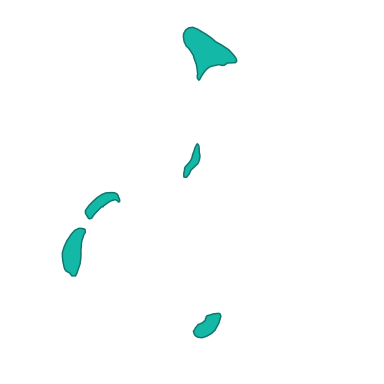 Woleai, Federated States of Micronesia, rotated 305°
{"feature_id": "79324940B51603968819213", "entity_name": "Woleai", "entity_type": "district", "adm_level": 2, "iso_a3": "FSM", "parent_name": "Federated States of Micronesia", "parent_adm1": "", "projection": "mercator", "projection_center": [143.866, 7.353], "detail": "fine", "context": "isolated", "style": "filled", "palette": "teal", "viewbox_px": 384, "rotation_deg": 305, "n_neighbors": 0, "source": "geoboundaries", "source_scale": "gbopen_adm2", "svg_char_len": 2169}
<svg xmlns="http://www.w3.org/2000/svg" viewBox="0 0 384 384"><g transform="rotate(305 192 192)"><path d="M307.8,106.7L306.7,110.0L304.7,114.7L303.1,116.5L299.1,122.2L296.7,124.7L291.5,129.3L290.7,129.3L288.4,131.0L288.1,131.7L287.6,133.4L288.2,133.7L290.0,133.7L291.7,133.3L296.1,133.2L300.3,133.4L304.2,134.5L306.2,135.9L312.0,141.1L312.7,143.8L314.4,145.8L318.0,147.1L322.8,153.3L324.4,153.7L325.9,152.6L326.9,150.8L327.9,148.2L329.6,140.6L329.4,132.5L328.7,125.0L329.3,119.3L329.3,113.4L328.6,103.2L327.4,98.2L324.5,95.1L321.2,93.9L317.0,94.3L314.2,95.9L310.7,99.3L308.3,103.5L307.8,106.7ZM68.0,120.6L64.8,122.8L60.9,126.2L56.5,131.0L55.4,132.9L55.0,134.5L55.5,138.3L54.4,141.6L56.4,144.7L58.6,144.5L69.0,141.5L75.1,138.3L78.6,135.8L81.2,134.0L82.8,133.3L86.1,131.2L88.4,129.9L92.6,128.7L95.6,127.7L97.4,127.9L99.9,126.0L99.9,124.6L98.9,122.5L97.3,120.1L93.4,118.0L88.2,117.3L80.3,117.5L73.8,118.7L68.0,120.6ZM80.4,273.1L78.8,273.0L77.2,274.9L76.2,277.0L76.3,279.6L77.4,282.1L78.2,283.5L79.3,284.6L82.8,287.0L87.2,289.1L91.8,290.1L99.8,289.2L106.4,287.1L108.0,285.5L108.2,284.6L107.9,283.5L106.7,282.0L104.4,279.4L99.3,275.4L98.2,275.1L96.7,275.9L96.0,275.7L94.1,276.6L92.5,275.7L91.3,275.8L86.7,273.0L84.8,273.0L82.7,272.7L80.4,273.1ZM112.1,124.2L113.4,124.9L116.7,124.7L119.8,125.1L124.4,125.8L128.1,126.5L129.0,127.7L130.3,127.5L131.7,128.2L134.6,129.1L137.8,130.5L140.1,132.2L141.5,133.3L141.9,134.5L142.1,135.5L141.7,137.0L141.7,137.4L142.0,137.9L142.6,138.2L143.9,137.4L145.1,136.0L145.5,134.7L146.6,133.7L147.4,131.5L146.9,128.9L145.5,126.6L144.0,124.6L141.9,122.0L138.5,119.7L132.9,117.5L126.7,116.1L122.1,115.4L116.8,115.3L115.2,115.5L113.3,117.2L111.1,122.3L111.2,123.3L112.1,124.2ZM202.3,174.7L199.7,176.7L200.1,177.9L200.8,179.0L202.8,179.2L204.6,179.4L206.5,179.1L209.4,178.6L218.5,180.5L220.6,180.2L224.3,178.9L226.6,177.4L228.3,175.6L230.2,174.0L231.8,172.9L233.0,171.8L234.0,170.8L234.6,169.0L234.2,168.6L233.0,168.6L231.4,169.0L230.6,168.9L229.2,169.4L225.7,170.4L222.4,171.2L221.4,171.9L217.5,172.8L214.9,172.8L212.5,172.6L209.3,172.1L208.2,172.1L207.0,172.5L205.6,173.3L202.3,174.7Z" fill="#14b8a6" stroke="#0f766e" stroke-width="1.5"/></g></svg>